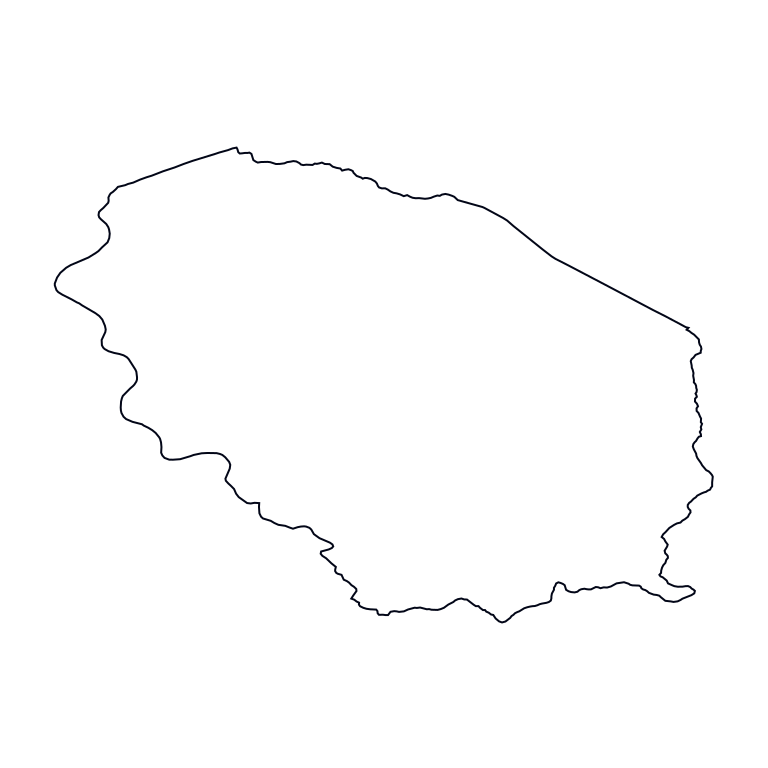 Santa Rita de Cássia, Bahia, Brazil (Equal Earth projection), rotated 266°
{"feature_id": "56859067B19428837054572", "entity_name": "Santa Rita de Cássia", "entity_type": "district", "adm_level": 2, "iso_a3": "BRA", "parent_name": "Brazil", "parent_adm1": "Bahia", "projection": "equal_earth", "projection_center": [-44.604, -10.985], "detail": "fine", "context": "isolated", "style": "outline", "palette": "ink", "viewbox_px": 768, "rotation_deg": 266, "n_neighbors": 0, "source": "geoboundaries", "source_scale": "gbopen_adm2", "svg_char_len": 6140}
<svg xmlns="http://www.w3.org/2000/svg" viewBox="0 0 768 768"><g transform="rotate(266 384 384)"><path d="M172.2,336.4L170.9,339.3L168.9,341.5L167.6,343.9L165.7,343.6L164.0,344.6L162.2,347.7L161.0,350.8L160.2,354.6L159.5,360.5L157.9,361.6L155.7,361.7L154.1,362.9L153.9,366.9L153.4,369.3L153.2,371.9L156.3,374.6L156.7,378.3L156.3,380.8L155.6,383.1L155.8,388.0L157.4,392.3L158.7,399.0L158.3,401.1L158.5,404.4L156.3,411.0L156.3,413.3L155.5,415.7L154.9,421.7L155.5,424.9L156.6,428.2L159.5,432.8L161.7,438.0L163.1,439.8L164.2,442.7L164.6,446.3L163.5,449.0L163.2,451.7L157.6,458.0L156.0,460.1L155.8,462.8L154.1,464.1L151.6,466.9L151.4,469.1L149.8,470.1L148.6,472.5L146.6,474.7L146.0,476.9L142.3,479.0L139.2,482.2L137.9,485.1L138.6,488.6L141.9,493.6L143.6,495.0L144.7,497.0L146.2,498.7L147.2,501.1L147.8,503.1L150.5,508.2L151.3,511.3L151.8,514.3L152.0,516.6L152.0,519.0L152.6,521.6L153.5,524.0L153.9,526.1L154.4,530.8L155.0,533.2L156.3,535.3L158.4,536.0L160.6,536.2L163.3,536.9L166.9,539.2L168.8,539.3L170.7,540.7L173.0,541.8L174.0,544.1L173.2,546.3L172.1,548.5L170.7,550.2L166.0,551.3L164.4,553.6L163.4,556.1L162.8,559.6L163.3,562.5L164.8,564.5L165.5,566.5L165.8,569.6L165.2,571.7L164.8,573.8L164.7,576.2L166.7,581.1L166.3,583.4L165.2,585.7L165.8,588.9L165.4,592.4L166.2,596.2L168.9,602.1L169.5,609.6L167.7,614.1L166.5,615.6L165.8,617.8L165.1,624.4L163.9,626.0L162.3,626.5L161.0,628.1L160.2,630.3L158.9,632.1L157.2,633.7L155.1,638.3L154.5,641.4L153.6,643.9L152.1,645.2L148.1,649.5L147.1,655.0L146.4,657.6L146.7,661.8L147.9,664.8L149.0,666.7L151.9,675.9L153.5,678.9L155.9,679.7L157.3,678.4L158.4,676.7L160.1,675.3L161.2,673.2L161.3,670.7L161.0,667.5L161.3,662.8L162.1,659.5L163.2,657.3L165.3,653.4L168.2,652.3L171.8,648.5L172.8,646.4L174.4,645.4L176.2,647.2L178.5,647.5L181.5,648.6L183.8,650.0L185.9,652.2L189.0,653.4L190.7,655.1L192.5,655.1L194.1,654.1L195.4,652.8L198.1,652.3L202.1,655.1L204.0,655.8L207.3,653.7L209.9,652.6L212.0,650.3L214.6,652.0L216.6,654.5L220.5,658.6L223.2,663.5L224.5,666.5L225.1,670.1L226.9,672.1L228.2,674.8L230.3,677.9L232.7,679.3L234.5,680.8L236.5,680.8L238.3,679.2L240.2,678.4L242.2,678.6L244.2,680.2L245.3,682.0L247.9,684.8L249.2,687.1L250.8,688.7L252.7,693.1L253.5,695.5L254.0,697.8L255.0,699.4L255.9,701.9L257.5,702.8L259.0,704.2L263.1,704.5L268.6,705.5L270.2,704.9L272.1,703.6L274.1,701.9L275.6,699.4L280.7,695.7L283.1,694.6L288.2,691.5L290.5,690.7L292.8,690.5L297.3,688.5L300.1,687.7L302.5,688.4L304.2,689.8L305.4,691.3L307.9,693.0L309.4,694.4L309.9,696.6L311.8,696.6L314.1,695.7L316.5,697.4L318.9,697.0L322.1,698.5L323.8,697.4L327.4,697.9L329.4,697.0L333.2,695.7L335.3,694.0L337.9,694.1L339.9,695.7L342.5,694.8L344.8,693.0L347.7,693.3L349.4,695.2L351.2,694.8L352.7,694.1L354.1,695.2L356.3,695.7L358.3,695.2L360.4,695.2L362.2,694.6L364.0,693.2L366.4,693.5L370.6,693.0L373.3,693.5L376.8,692.9L378.7,692.2L381.1,692.2L385.4,691.6L387.3,692.6L388.9,694.7L391.3,696.8L393.1,702.1L394.9,702.3L396.8,703.1L399.2,702.8L401.2,701.7L403.5,701.2L406.5,701.2L411.6,696.8L413.5,694.3L415.4,692.3L417.0,689.7L418.8,691.6L419.6,689.1L431.9,669.5L439.1,657.4L463.3,618.5L489.3,576.4L496.8,563.9L499.7,560.0L507.2,551.6L532.5,524.2L538.5,518.2L541.3,514.4L552.7,496.4L553.7,494.5L556.3,487.2L562.3,470.4L565.8,467.2L566.9,465.2L568.4,461.7L569.3,458.5L568.9,455.0L567.8,452.8L568.3,450.3L567.4,446.7L566.4,443.8L566.0,440.8L565.9,437.8L567.0,431.9L567.1,428.6L567.8,425.5L569.1,422.9L570.8,420.3L570.0,416.8L572.0,413.3L573.3,409.9L574.1,406.7L575.7,403.8L577.7,401.3L579.1,398.9L579.3,395.5L580.4,392.8L582.0,391.7L584.5,390.9L586.6,389.4L589.4,385.2L590.6,381.7L590.9,379.2L590.3,377.1L591.5,375.7L593.5,371.2L596.9,368.3L598.6,367.7L599.6,366.1L600.7,363.5L600.4,360.1L599.8,357.1L602.0,355.5L602.9,351.8L604.4,348.0L607.1,345.1L607.6,340.3L609.2,337.5L608.6,334.8L608.3,332.4L608.7,330.3L607.5,328.0L608.2,321.8L608.0,318.7L608.7,316.5L610.2,315.1L612.1,312.1L612.7,309.1L612.3,306.1L612.1,302.9L611.1,300.1L610.8,295.3L611.0,291.5L613.2,286.1L613.7,283.3L614.0,276.8L613.7,273.5L614.8,271.5L616.5,269.3L622.8,267.8L624.2,265.9L624.0,263.8L624.2,261.3L624.0,258.5L624.0,256.2L625.4,254.8L628.3,254.2L630.1,253.4L629.6,249.4L628.2,244.7L626.4,235.8L625.4,232.0L620.0,208.8L617.5,199.6L614.6,190.2L611.6,178.4L608.0,166.8L606.8,161.6L604.9,154.9L602.4,147.9L601.4,142.6L600.4,139.7L599.2,132.3L597.1,130.2L594.5,126.9L593.2,124.6L591.8,123.5L589.3,122.1L585.9,122.1L584.0,121.5L579.2,116.3L577.1,113.5L575.4,111.7L572.4,111.0L570.1,111.5L568.2,113.0L563.0,118.1L559.7,119.9L557.4,120.5L553.1,120.9L548.7,120.1L544.6,118.1L540.0,112.3L536.5,108.4L534.8,105.6L530.8,98.0L524.5,79.8L522.1,75.0L517.5,68.9L513.0,65.3L507.2,62.6L505.3,62.5L500.5,63.8L498.4,65.4L495.5,69.4L490.2,78.3L486.8,83.4L485.7,85.6L483.5,88.3L474.9,100.9L471.6,104.8L467.9,107.5L461.5,109.7L457.8,110.2L455.2,109.6L447.6,105.4L442.3,105.3L439.9,106.4L438.4,107.7L435.9,111.5L433.8,117.0L432.4,122.1L430.8,126.2L428.7,129.3L426.7,131.0L415.7,137.0L413.5,137.8L408.0,138.1L405.7,137.9L403.7,137.1L400.9,135.0L399.5,133.5L397.2,130.4L390.3,122.6L388.0,121.5L384.9,120.5L378.9,119.7L375.9,119.7L373.4,120.1L369.5,121.9L367.0,124.3L363.8,130.5L360.7,139.8L359.3,141.4L356.8,145.8L354.1,149.6L351.1,152.8L346.4,156.1L344.8,156.8L341.3,157.5L336.6,157.6L331.0,156.9L328.2,157.9L325.6,159.9L323.5,164.5L323.2,168.2L323.2,175.4L325.5,185.8L326.5,189.2L327.6,197.3L327.5,203.0L326.7,212.2L325.6,215.6L324.5,217.8L322.0,220.5L317.1,224.1L314.1,225.0L310.3,224.2L300.6,219.2L298.5,219.5L295.6,221.8L293.2,224.1L289.7,227.1L284.9,228.8L281.3,231.2L274.8,239.1L274.1,242.7L274.5,246.5L273.9,251.2L270.0,250.7L263.7,250.7L260.2,252.1L258.3,253.9L255.4,261.5L253.0,264.9L250.9,268.8L249.4,275.6L247.3,280.0L246.0,283.1L247.2,287.9L247.6,291.2L247.6,294.4L247.2,296.4L245.7,299.6L243.9,301.3L239.1,303.6L234.7,308.9L229.5,319.0L227.5,321.4L225.5,322.0L224.0,320.5L222.8,317.3L221.3,309.6L219.1,309.0L216.9,310.5L214.2,314.1L208.8,319.0L204.9,323.2L202.4,322.4L200.8,322.2L198.9,323.2L197.9,324.7L196.6,328.3L191.6,330.2L190.0,333.2L188.3,335.3L185.6,337.5L183.8,339.9L181.5,342.0L179.4,342.1L175.2,338.6L172.2,336.4Z" fill="none" stroke="#020617" stroke-width="2"/></g></svg>